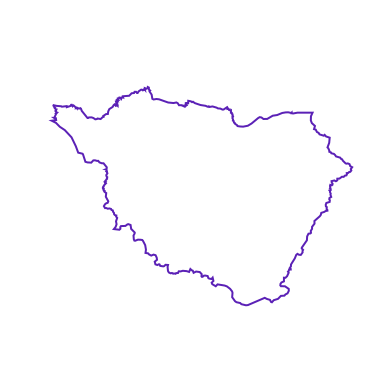 Noen Maprang, Phitsanulok, Thailand, rotated 101°
{"feature_id": "78962969B82229803115956", "entity_name": "Noen Maprang", "entity_type": "district", "adm_level": 2, "iso_a3": "THA", "parent_name": "Thailand", "parent_adm1": "Phitsanulok", "projection": "orthographic", "projection_center": [100.656, 16.557], "detail": "fine", "context": "isolated", "style": "outline", "palette": "violet", "viewbox_px": 384, "rotation_deg": 101, "n_neighbors": 0, "source": "geoboundaries", "source_scale": "gbopen_adm2", "svg_char_len": 6013}
<svg xmlns="http://www.w3.org/2000/svg" viewBox="0 0 384 384"><g transform="rotate(101 192 192)"><path d="M292.7,122.1L292.9,117.4L292.3,115.5L282.0,100.4L282.7,98.1L283.0,94.9L284.8,93.5L285.0,92.5L282.6,91.1L280.5,87.2L277.0,84.9L276.1,81.5L274.7,80.7L273.3,78.9L270.5,78.1L268.6,78.6L266.8,82.8L267.5,86.7L266.8,87.5L265.2,87.6L263.7,86.9L262.2,84.7L258.6,85.4L258.4,83.9L256.5,82.6L252.8,81.7L251.9,82.6L251.0,82.0L249.6,81.9L249.3,80.3L248.7,80.4L247.9,81.5L246.1,80.7L244.3,81.0L237.5,78.4L233.9,77.7L232.6,76.7L233.2,75.0L233.0,73.2L230.2,71.9L228.7,72.3L227.6,71.9L226.5,73.5L225.7,73.6L217.5,70.0L213.6,70.5L210.7,69.7L210.1,67.9L209.4,67.4L207.5,68.0L205.3,67.1L203.3,67.5L199.7,65.7L197.1,66.3L191.4,61.9L189.9,61.2L187.8,61.1L186.4,58.5L185.2,57.2L184.5,55.5L183.6,55.8L183.2,56.6L181.1,56.8L180.6,57.8L179.0,58.3L177.1,58.0L175.5,55.0L173.8,55.1L172.9,55.9L171.6,55.9L170.3,54.4L168.2,55.6L167.2,55.5L165.7,56.6L164.8,56.6L164.2,57.3L163.5,56.2L162.3,56.6L162.0,57.3L161.3,57.1L159.7,57.7L158.6,57.6L158.8,56.1L158.1,55.5L157.0,55.6L156.1,56.6L154.7,57.1L153.5,54.4L154.0,53.1L153.8,52.5L152.8,51.6L151.2,51.9L150.7,49.8L148.4,47.7L148.2,46.0L146.8,45.1L146.2,43.6L145.0,43.3L143.9,43.7L143.4,42.2L142.3,41.5L142.0,40.5L140.5,39.7L139.2,40.5L137.1,39.5L136.4,41.6L134.6,42.7L134.2,44.5L134.7,45.7L134.6,46.7L132.4,50.0L131.3,50.8L131.1,51.9L130.0,53.1L129.6,57.4L128.3,58.7L127.5,60.0L127.4,62.6L126.6,63.2L126.3,64.9L125.4,65.0L123.1,66.5L122.4,67.5L117.6,66.7L112.4,67.2L111.9,71.0L110.6,72.7L111.6,73.4L111.1,77.8L109.8,79.0L109.2,80.9L107.2,82.4L107.0,84.2L103.7,83.9L101.5,87.5L99.1,89.0L94.9,89.7L91.1,88.8L94.0,103.6L95.7,107.9L95.5,108.6L95.7,109.3L95.1,109.4L95.5,109.7L95.4,112.7L96.0,115.3L97.2,118.5L100.2,123.1L101.7,127.3L105.9,132.1L106.7,135.8L105.6,138.0L105.6,139.8L106.7,141.1L113.4,146.6L116.3,149.8L118.1,154.3L118.5,157.3L118.6,159.9L117.9,160.4L116.8,162.8L116.3,162.9L115.9,164.0L114.3,164.7L114.1,165.5L113.1,165.5L111.6,166.5L110.2,166.1L109.8,166.8L109.0,166.6L108.3,167.2L107.9,167.1L107.0,168.6L106.6,168.3L106.2,169.0L104.6,169.3L104.9,169.6L104.4,169.9L104.4,171.0L103.9,171.0L104.1,171.6L103.5,172.2L103.7,172.9L103.0,172.8L102.0,173.7L105.0,176.7L105.3,177.9L104.7,180.1L105.0,182.5L104.5,183.9L104.1,188.2L105.3,191.4L104.7,191.9L105.3,193.0L104.8,195.1L105.0,200.2L104.2,206.2L103.2,208.3L103.8,209.1L103.2,210.4L103.2,213.1L105.7,212.7L106.2,213.7L105.6,214.1L105.9,215.1L106.7,215.0L107.7,214.0L108.0,215.0L108.8,214.6L109.6,215.2L109.2,215.7L109.4,216.5L108.9,217.0L109.2,217.9L108.7,218.5L109.3,221.3L107.6,222.9L107.1,224.4L108.2,227.1L108.7,232.5L107.3,242.0L107.5,244.7L108.5,247.3L108.1,248.7L104.1,250.2L101.4,252.9L101.0,253.1L100.4,252.5L99.4,253.9L97.7,254.3L97.4,255.4L98.4,255.3L99.3,256.3L99.0,258.1L100.6,257.6L99.9,258.4L100.5,258.9L100.6,258.6L101.1,258.7L101.6,259.8L101.2,260.3L101.2,261.4L103.3,263.5L105.2,264.3L105.3,264.9L104.3,266.0L104.6,267.5L105.9,267.8L106.6,270.1L109.5,272.0L111.2,278.1L112.2,277.7L112.0,278.3L112.4,278.8L112.9,278.7L113.4,279.5L114.1,279.4L113.6,280.4L113.1,280.5L113.1,281.4L113.8,281.7L114.2,282.6L114.6,282.4L115.1,282.8L115.7,281.8L116.2,283.1L116.9,282.5L116.9,283.3L117.8,282.9L117.9,283.8L118.9,283.3L119.1,282.6L119.7,283.1L119.7,282.6L120.7,282.2L120.9,281.5L121.6,281.4L121.2,282.0L122.0,283.2L120.8,284.8L121.9,285.6L123.6,286.1L126.4,289.0L128.8,289.6L131.5,289.5L131.9,291.2L134.3,293.6L135.0,293.1L135.7,294.1L137.8,295.6L137.9,298.8L138.5,299.2L139.1,300.8L138.2,302.9L137.9,304.8L138.5,307.5L139.1,307.9L139.3,308.7L133.4,315.7L131.4,316.9L131.0,317.6L131.7,318.8L131.2,320.8L131.9,320.8L131.4,321.4L131.8,322.0L131.4,322.0L129.8,324.4L129.6,325.0L130.6,325.5L129.3,326.7L129.5,327.3L130.5,327.3L132.6,331.1L131.6,331.4L133.1,336.0L132.8,336.7L133.3,341.4L133.2,344.4L133.7,344.5L134.1,343.6L134.9,343.5L135.5,342.4L136.0,342.6L136.8,341.2L137.2,341.3L137.1,340.9L138.7,341.3L139.0,340.5L139.7,340.1L140.2,340.4L140.1,339.7L141.1,340.3L145.4,341.3L145.5,341.7L145.8,341.0L145.6,339.7L147.3,339.1L148.8,343.3L150.1,338.7L153.2,334.2L155.5,328.7L161.3,320.7L169.2,314.8L175.1,311.2L175.3,306.8L175.8,306.2L182.7,302.4L182.9,300.2L182.4,296.5L179.8,294.9L179.4,293.3L179.6,291.1L179.3,290.0L180.6,288.5L181.0,286.0L180.7,284.3L184.0,280.4L185.7,280.2L186.2,281.0L186.2,280.6L187.2,279.9L188.0,280.1L188.1,279.4L188.9,279.3L189.7,278.6L191.8,279.4L193.1,278.8L193.6,278.0L195.0,278.2L195.3,277.9L197.7,279.3L198.7,279.1L198.9,279.6L199.5,279.2L199.2,278.6L199.8,278.7L200.0,278.2L202.5,279.8L203.4,279.7L203.8,280.2L204.8,280.3L205.3,279.6L205.7,279.8L206.0,279.1L206.8,279.3L207.7,278.7L207.7,277.9L208.6,277.8L209.4,276.0L213.1,275.7L217.1,272.4L218.7,272.7L219.4,274.0L220.7,275.1L222.7,275.8L224.4,274.3L224.1,273.0L224.5,271.6L223.9,269.8L224.1,268.2L225.0,267.6L225.2,266.2L226.5,265.7L227.4,264.6L228.7,264.2L229.4,263.2L229.5,261.8L230.6,261.8L231.7,260.5L235.3,261.0L238.0,259.9L240.8,260.3L243.3,261.6L242.9,256.1L241.8,255.3L240.0,255.7L239.0,255.2L238.0,250.9L236.1,249.2L235.7,248.3L236.1,246.0L239.8,244.7L242.7,240.5L243.7,240.4L245.9,241.1L249.5,240.1L250.7,239.3L250.7,238.5L249.1,236.0L248.7,233.5L248.6,231.7L249.2,230.9L253.1,227.8L257.4,226.2L260.7,226.0L260.6,223.4L261.5,222.2L262.2,219.9L260.8,217.8L261.0,215.7L263.2,214.1L265.2,213.4L267.5,215.3L270.0,214.1L270.3,212.1L269.2,210.6L269.3,210.0L270.6,209.1L270.5,206.0L270.1,205.2L268.5,204.1L268.2,201.6L270.1,201.7L274.1,200.5L275.4,199.4L275.9,197.5L275.3,196.2L275.8,194.9L275.4,194.3L275.4,192.5L274.6,192.1L274.2,190.3L272.4,189.9L272.1,188.0L271.1,186.0L270.7,182.1L271.0,179.6L267.9,178.9L268.9,177.3L269.1,176.2L271.0,175.0L269.3,172.8L269.1,169.1L270.8,166.8L273.0,166.6L273.4,166.1L273.2,165.4L271.9,164.4L271.5,163.2L271.5,160.6L273.4,159.5L273.7,158.7L273.7,156.3L272.1,155.4L275.2,154.0L277.3,155.4L278.6,154.5L280.0,150.7L277.8,149.3L277.6,142.1L278.0,139.7L279.8,136.1L281.9,133.7L283.2,133.0L287.6,132.5L291.0,128.9L291.7,127.3L291.8,123.5L292.7,122.1Z" fill="none" stroke="#5b21b6" stroke-width="2"/></g></svg>